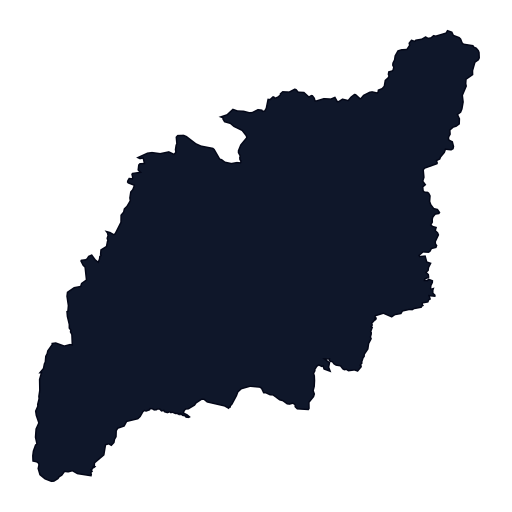 outline of Plaiesii De Jos, Harghita, Romania
{"feature_id": "2599482B92512396286900", "entity_name": "Plaiesii De Jos", "entity_type": "district", "adm_level": 2, "iso_a3": "ROU", "parent_name": "Romania", "parent_adm1": "Harghita", "projection": "albers", "projection_center": [26.159, 46.235], "detail": "fine", "context": "isolated", "style": "filled", "palette": "ink", "viewbox_px": 512, "rotation_deg": 0, "n_neighbors": 0, "source": "geoboundaries", "source_scale": "gbopen_adm2", "svg_char_len": 5966}
<svg xmlns="http://www.w3.org/2000/svg" viewBox="0 0 512 512"><path d="M113.9,442.5L114.5,439.3L116.0,436.7L116.2,430.7L117.7,428.2L124.1,426.0L126.6,421.4L137.8,418.7L140.1,416.5L142.9,411.6L144.3,410.5L146.1,411.0L149.5,409.8L150.0,408.6L152.3,408.7L154.2,409.9L156.5,409.7L157.5,408.9L159.8,409.1L161.5,410.9L163.8,410.4L164.5,411.7L167.4,412.6L170.0,411.7L170.8,412.6L172.5,412.2L175.5,413.5L177.8,413.4L178.3,414.2L179.1,413.6L179.9,414.5L180.4,413.6L182.8,415.4L184.9,415.7L186.1,417.1L188.6,417.4L189.5,416.9L187.0,414.8L183.3,413.0L184.2,410.5L185.6,409.0L188.3,408.8L194.5,405.1L196.0,402.9L201.6,399.2L204.1,399.3L207.2,401.9L224.6,405.9L228.6,408.2L228.9,407.3L230.1,407.1L230.4,405.7L231.9,404.1L236.4,395.7L237.8,391.9L241.3,388.7L250.1,386.2L259.8,387.1L261.6,388.3L263.7,392.7L265.8,392.7L270.0,394.7L273.1,394.9L279.7,399.8L283.0,400.7L287.2,403.8L289.5,404.1L292.7,403.2L294.6,404.2L295.2,405.0L295.2,406.7L297.3,408.8L308.3,409.5L309.0,408.4L308.9,402.3L313.5,396.6L314.3,394.0L313.1,390.6L314.2,386.4L314.5,380.7L314.3,375.9L313.5,373.3L314.9,370.7L314.6,369.8L316.7,366.3L318.8,364.9L321.7,366.4L323.0,365.8L324.1,369.0L330.1,371.2L328.6,367.2L329.5,362.7L324.4,359.0L329.5,358.9L329.4,360.4L330.5,361.4L332.4,361.6L334.0,363.8L336.1,365.1L340.5,365.8L342.9,368.9L344.4,369.7L346.3,369.3L348.5,370.7L354.4,369.9L357.6,371.0L361.1,366.8L361.1,365.9L360.2,365.1L361.9,363.0L361.6,362.1L363.1,357.6L364.1,356.5L364.2,354.3L367.8,349.0L368.6,343.5L371.1,338.7L370.4,337.0L371.2,334.0L371.2,332.4L370.6,331.7L372.2,327.4L371.1,326.7L372.2,325.0L371.6,323.3L374.2,320.5L374.8,319.0L375.3,319.7L376.1,318.8L375.9,317.8L374.8,317.1L375.4,315.7L383.4,313.2L391.7,316.8L394.8,314.6L400.9,313.5L402.4,311.0L408.9,309.5L412.4,309.6L413.8,308.6L421.2,307.2L421.7,306.1L422.9,305.5L422.2,304.5L422.3,302.9L427.8,301.9L428.8,299.6L430.1,299.0L429.0,295.6L434.8,296.2L434.9,295.2L432.8,293.2L432.8,290.1L433.3,288.6L431.2,289.3L430.6,288.2L430.8,285.6L432.3,282.5L432.4,280.8L428.4,279.2L427.6,280.6L424.4,280.5L424.7,279.0L428.6,277.2L428.3,274.6L425.9,272.4L428.1,270.4L428.5,267.5L430.6,263.3L426.7,262.0L425.1,256.1L419.6,256.6L419.0,255.3L423.0,251.9L428.5,252.2L429.9,251.3L431.4,248.5L435.9,247.4L436.6,245.5L435.5,244.1L435.2,241.7L438.4,234.9L437.6,232.9L435.2,230.6L436.1,227.5L432.6,226.5L430.7,224.9L432.3,222.1L432.2,219.1L432.9,216.9L435.2,214.1L438.8,213.5L439.5,212.5L437.4,209.5L433.7,208.6L430.8,204.8L429.6,201.5L430.0,195.9L428.7,193.3L427.6,192.4L424.4,192.2L423.1,190.8L422.7,186.9L425.3,184.7L422.7,181.2L423.9,177.3L423.2,169.8L424.6,168.1L436.9,163.7L437.2,163.0L436.4,160.6L439.7,159.0L440.5,157.0L444.3,152.4L445.4,149.2L451.1,149.8L453.0,148.7L453.5,146.5L452.3,141.8L449.4,140.4L448.5,139.3L448.6,136.9L450.1,134.2L449.8,130.1L453.1,127.1L456.1,126.2L459.2,123.9L459.4,118.8L457.4,114.5L460.6,112.1L461.9,108.9L463.1,102.0L462.3,95.3L466.2,86.1L465.7,83.6L466.0,79.2L472.6,74.6L472.5,70.6L474.9,62.2L478.3,59.8L479.2,57.9L479.0,52.5L478.3,50.7L476.2,48.2L473.7,47.1L472.9,45.7L463.4,44.2L462.0,42.8L460.6,39.1L459.1,37.6L453.3,35.4L451.8,32.2L447.5,30.7L446.1,33.1L435.7,36.2L433.6,35.7L431.0,37.9L428.0,38.4L425.6,37.0L421.9,39.2L415.9,40.2L414.6,41.4L411.5,40.3L409.2,43.2L409.7,45.3L406.9,49.5L401.5,49.8L398.0,50.9L395.2,55.9L394.6,59.9L393.0,63.1L392.8,65.2L393.8,67.2L393.1,70.1L392.2,71.0L388.8,71.9L388.4,74.3L389.1,76.1L388.2,77.8L385.3,80.4L384.3,86.3L382.1,88.7L378.4,90.1L378.1,92.2L377.2,93.0L372.1,91.9L369.7,92.3L363.6,95.4L361.1,98.4L360.0,98.7L355.6,94.7L354.5,94.5L351.1,97.1L348.2,100.6L342.5,99.2L338.8,101.6L337.3,101.7L334.9,97.4L330.9,99.1L323.9,98.7L316.0,101.1L314.9,100.7L314.3,98.3L312.4,95.8L311.4,95.6L308.9,97.1L303.9,92.5L298.1,92.2L296.1,89.7L294.8,89.2L289.2,92.1L282.7,91.8L280.4,93.9L280.4,95.1L277.8,97.2L274.8,98.3L273.8,97.0L273.0,96.9L270.1,99.6L268.1,99.4L266.3,108.3L264.7,111.1L262.5,111.4L261.8,110.2L258.0,109.7L252.3,112.6L249.3,112.8L243.7,111.3L237.4,111.0L232.9,109.4L227.1,114.8L220.8,116.9L223.1,117.8L223.0,119.0L224.6,121.7L230.5,123.4L234.0,126.4L242.2,130.4L246.3,135.7L246.9,137.6L240.8,145.0L238.5,150.7L238.5,152.6L240.3,156.0L239.8,157.6L240.0,159.7L241.0,160.9L240.7,162.6L240.1,162.9L236.9,162.6L231.4,163.6L224.8,162.2L221.6,159.7L219.7,159.2L214.1,149.5L212.8,148.4L200.9,146.1L195.8,143.8L186.4,136.6L183.6,135.4L177.7,135.6L176.3,137.2L176.9,143.9L176.2,145.1L175.5,149.6L175.9,152.3L174.0,154.4L168.8,151.9L160.2,153.7L152.0,152.6L147.5,153.2L137.9,157.6L140.0,158.6L143.2,158.0L144.5,163.5L139.9,163.8L138.8,165.0L138.2,169.9L140.6,172.3L132.5,173.5L132.0,174.3L132.7,177.3L132.4,178.9L129.2,178.5L127.9,180.7L127.6,182.0L128.3,182.9L134.3,185.2L134.1,186.3L132.8,189.7L130.8,192.0L129.9,197.9L130.3,200.8L127.0,206.4L124.4,208.9L123.7,212.1L121.1,215.2L121.0,222.3L115.7,232.8L114.7,234.3L113.5,234.6L109.9,232.5L106.5,231.6L107.5,232.9L108.1,235.6L107.2,238.3L108.1,241.1L107.5,241.4L106.5,246.5L101.0,249.9L100.6,254.3L101.1,255.5L99.9,256.4L99.5,259.2L98.2,262.3L95.2,259.9L91.7,255.1L88.7,256.4L87.2,258.8L85.7,259.8L81.4,260.3L81.0,261.0L83.2,265.3L85.1,267.1L86.5,280.0L81.6,283.5L80.7,286.5L74.2,287.7L67.5,292.3L67.0,296.2L68.4,305.6L67.9,311.3L67.0,311.6L67.4,316.4L69.3,324.4L69.3,328.1L70.9,330.2L70.5,331.9L71.9,334.5L72.3,344.9L69.9,344.6L64.3,346.1L55.7,343.0L52.2,343.5L52.4,344.4L47.8,350.9L47.2,353.7L45.8,356.3L45.3,362.1L44.4,363.9L43.5,368.5L40.0,372.7L41.5,372.7L39.6,379.5L39.8,390.4L38.9,396.3L39.1,398.8L37.7,404.4L37.9,406.1L35.7,411.1L36.3,415.3L38.9,422.9L36.1,429.0L35.5,437.2L37.0,444.1L35.6,445.0L33.4,451.1L32.8,455.7L33.0,461.0L36.7,461.8L38.6,463.2L39.0,464.9L38.2,468.5L40.0,474.7L45.0,478.8L51.4,481.3L53.9,481.1L57.9,478.6L59.2,476.7L61.7,475.2L64.5,471.4L68.2,471.8L72.4,470.7L77.5,473.6L91.0,475.7L91.3,474.3L90.7,472.6L92.1,471.3L91.0,469.7L92.0,469.2L93.1,466.9L93.7,467.6L95.0,466.6L94.2,466.1L94.5,462.8L103.8,454.9L105.5,444.7L108.8,443.8L111.3,445.3L113.9,442.5Z" fill="#0f172a" stroke="#020617" stroke-width="1.5"/></svg>